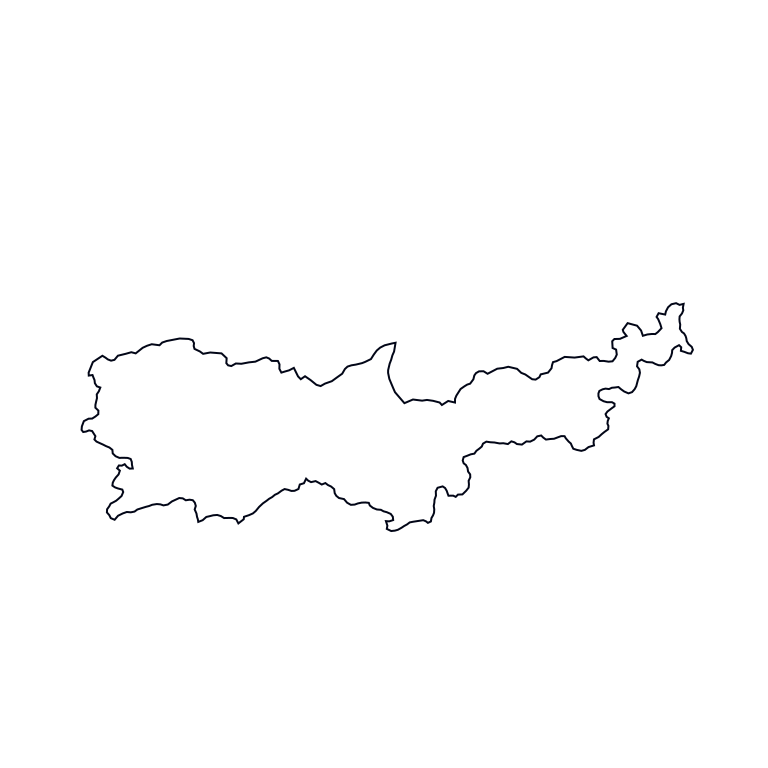 outline of Baixo Guandu, Espírito Santo, Brazil, rotated 65°
{"feature_id": "56859067B51153386357436", "entity_name": "Baixo Guandu", "entity_type": "district", "adm_level": 2, "iso_a3": "BRA", "parent_name": "Brazil", "parent_adm1": "Espírito Santo", "projection": "equal_earth", "projection_center": [-40.958, -19.514], "detail": "fine", "context": "isolated", "style": "outline", "palette": "ink", "viewbox_px": 768, "rotation_deg": 65, "n_neighbors": 0, "source": "geoboundaries", "source_scale": "gbopen_adm2", "svg_char_len": 5910}
<svg xmlns="http://www.w3.org/2000/svg" viewBox="0 0 768 768"><g transform="rotate(65 384 384)"><path d="M251.6,648.0L252.7,644.4L255.3,644.6L258.1,644.7L261.1,645.7L264.8,645.2L267.3,642.6L270.1,645.5L272.0,648.7L275.5,650.1L278.5,652.5L281.0,654.4L283.5,655.6L287.4,654.1L290.6,655.7L291.5,659.3L292.0,663.1L290.6,666.4L290.8,671.7L294.7,675.7L297.8,677.5L300.4,676.9L301.2,674.1L301.4,670.9L303.3,668.4L306.5,668.0L309.3,667.6L311.9,669.9L314.7,668.9L317.9,666.2L320.1,664.3L322.8,662.2L325.5,659.7L328.9,658.0L332.3,659.2L336.0,657.8L339.1,655.1L340.8,651.2L342.7,647.5L344.9,645.3L348.0,645.5L350.8,646.6L354.4,647.4L353.2,650.3L350.3,652.1L347.1,652.9L347.2,656.1L345.8,658.7L347.6,661.5L350.9,660.0L353.8,662.8L355.4,666.6L357.0,669.3L358.8,671.5L361.3,673.1L364.0,671.5L366.2,669.3L369.1,665.8L371.7,666.0L374.6,669.2L375.8,673.1L376.6,676.1L376.8,679.2L376.9,682.3L378.8,684.8L380.5,687.9L383.3,689.4L386.7,688.4L390.1,688.3L393.2,685.5L391.0,680.7L390.9,675.4L391.3,671.2L393.3,667.7L394.2,664.0L393.5,660.6L394.1,656.1L394.7,651.7L395.3,648.5L395.5,645.1L396.8,640.6L398.6,637.5L400.8,635.2L401.9,630.9L400.8,625.8L400.8,621.2L400.8,617.8L402.6,614.7L405.6,612.8L406.7,609.1L408.5,606.4L411.6,605.6L415.0,606.1L417.7,608.6L422.1,608.7L425.4,609.6L428.0,609.9L430.5,610.6L430.8,605.9L429.4,601.2L430.1,598.0L430.8,594.3L432.2,590.5L434.7,587.7L437.9,585.6L439.7,581.5L441.5,577.7L444.3,575.1L448.8,574.9L447.3,568.3L445.2,567.0L445.8,561.9L445.9,557.5L444.9,553.9L442.6,549.1L441.0,544.2L440.2,539.7L439.5,536.7L439.2,533.1L438.3,529.7L438.3,526.4L437.4,521.9L437.2,518.5L439.4,515.6L441.8,513.1L443.0,510.2L443.0,505.9L439.5,502.8L440.1,498.5L436.9,494.6L439.5,493.6L442.1,491.6L443.1,487.0L445.9,484.9L448.8,482.9L449.0,479.0L451.9,477.5L454.5,475.3L458.2,473.6L462.1,474.8L465.2,474.5L468.3,473.0L471.4,468.9L476.0,467.6L479.5,465.1L480.9,461.5L481.2,458.1L482.1,454.3L483.5,451.0L485.3,448.0L488.1,448.2L491.6,446.4L494.7,443.5L496.7,440.0L499.2,438.2L501.3,435.7L504.6,432.8L508.0,432.1L511.2,433.2L510.7,437.3L509.1,440.2L513.8,440.8L516.5,442.7L520.3,439.6L521.5,436.1L522.0,433.0L521.7,428.9L521.2,425.7L521.0,422.4L520.3,419.2L521.1,416.0L522.4,411.5L524.0,406.0L526.2,404.0L528.4,402.9L528.4,399.6L525.5,397.6L523.8,395.1L521.9,393.1L518.8,391.4L515.6,390.5L512.8,388.5L510.2,387.1L507.2,384.1L503.1,382.4L500.7,379.3L501.6,374.1L504.1,372.6L507.3,372.3L510.1,372.6L512.5,372.8L514.4,368.5L516.6,366.7L515.5,363.7L517.2,359.6L515.5,354.7L513.7,351.1L511.0,349.5L507.5,348.2L505.0,345.2L502.3,344.1L498.9,344.8L495.4,343.8L492.0,344.0L489.6,345.3L486.6,345.0L483.9,342.7L484.2,338.9L484.4,335.1L485.3,331.5L483.6,328.5L482.8,324.7L482.0,321.8L479.9,319.5L479.5,315.6L481.7,312.3L483.7,308.6L486.7,304.4L488.1,300.9L490.8,297.1L489.8,292.8L492.0,290.4L494.6,288.9L497.2,284.6L496.2,279.2L498.0,275.9L497.9,271.4L496.2,267.2L497.1,263.3L499.9,262.3L502.8,260.7L504.1,256.6L505.5,253.0L505.8,249.0L506.1,245.5L507.6,242.4L510.0,242.2L514.2,241.0L516.9,239.8L519.5,239.9L522.7,239.8L525.2,237.1L528.0,233.4L528.6,229.8L527.6,225.3L528.4,219.6L525.8,218.9L522.9,217.1L522.7,211.8L521.5,208.0L520.6,204.4L519.8,200.0L516.8,198.3L514.4,198.3L512.0,196.8L510.1,194.7L507.8,196.1L504.9,195.9L503.4,193.2L502.3,188.2L501.6,184.5L499.2,183.4L496.8,185.1L494.7,189.6L492.4,192.3L488.7,195.0L485.7,194.8L483.1,193.6L481.3,191.7L481.2,188.1L481.8,185.2L483.7,182.2L483.7,179.1L484.8,176.1L485.8,172.8L488.9,171.4L492.3,169.5L495.8,166.4L496.2,162.6L494.6,159.0L492.6,156.3L487.9,152.4L485.0,149.6L482.0,147.3L478.6,146.4L474.9,147.2L471.1,144.7L470.8,140.2L472.8,138.8L475.2,136.6L477.9,131.6L480.4,129.7L483.0,127.2L484.3,124.8L485.1,122.0L483.7,119.3L482.7,115.4L480.0,111.9L477.5,109.8L475.1,108.5L473.8,105.2L473.5,100.2L476.3,99.1L479.4,100.9L481.8,98.2L484.6,95.5L486.2,93.0L483.6,89.6L480.4,89.4L476.6,91.1L473.1,91.5L470.3,90.7L468.0,90.4L465.0,90.7L462.7,92.0L459.0,92.5L455.3,90.4L452.6,89.8L450.2,88.9L447.7,87.5L446.0,84.1L443.7,81.6L441.2,80.9L438.0,78.6L437.2,82.7L434.2,85.1L433.2,89.8L434.5,94.1L437.3,97.8L439.9,99.8L435.9,105.2L438.4,108.6L441.0,108.1L446.4,108.3L450.7,108.9L452.7,113.9L453.4,117.0L451.9,120.0L450.4,124.4L449.7,129.0L444.2,128.4L438.1,130.0L431.8,137.5L434.0,141.4L435.8,144.7L438.1,145.0L443.0,143.8L442.8,151.1L440.6,156.2L441.7,159.1L448.0,161.6L450.9,159.1L455.7,160.6L458.1,163.4L460.0,167.3L458.7,171.0L456.0,175.0L454.3,178.8L449.5,179.9L448.4,182.9L448.9,188.8L446.3,190.2L443.3,191.5L440.6,200.1L435.8,208.8L436.2,217.9L435.6,221.6L438.0,223.8L440.5,225.5L443.0,230.5L441.5,237.9L443.5,240.3L444.1,244.7L442.3,247.7L435.1,251.9L431.9,254.9L426.5,257.0L420.9,264.1L419.9,269.2L418.0,274.9L418.5,285.8L414.5,288.4L412.7,292.5L413.0,296.0L414.4,298.5L417.5,301.0L420.1,305.8L419.7,308.8L420.1,312.2L420.9,316.7L425.1,323.3L427.5,325.9L430.8,327.5L426.5,333.0L427.5,340.4L424.3,341.4L420.0,346.6L416.6,351.8L415.2,356.5L410.3,364.3L410.0,373.6L396.1,377.5L391.5,377.4L386.2,377.2L381.6,377.0L375.7,375.6L373.2,374.4L368.0,370.3L365.0,367.2L361.6,364.3L358.9,361.2L351.5,356.1L350.6,359.8L349.2,367.1L349.4,372.1L350.6,376.4L353.0,380.8L355.9,385.3L356.0,391.9L355.8,395.1L354.5,401.4L353.3,405.6L352.8,409.7L353.9,413.1L357.0,417.5L358.2,424.0L359.4,430.1L358.7,437.3L359.1,442.3L356.2,445.6L349.4,448.9L343.6,452.3L344.5,457.4L340.8,458.7L331.3,458.9L331.5,464.3L330.8,468.6L330.3,472.2L326.0,472.4L322.0,470.4L318.3,470.4L315.6,476.0L312.4,477.3L310.1,479.4L309.4,483.1L309.4,491.1L307.3,497.3L305.4,504.7L302.8,509.6L303.2,514.8L301.2,517.4L298.5,518.1L294.1,515.7L287.6,518.3L282.0,528.2L280.2,535.2L276.7,537.1L272.1,540.9L269.1,540.4L266.7,538.9L263.4,539.0L260.6,542.0L256.4,550.0L253.2,562.8L252.7,567.5L254.0,571.1L249.8,577.7L249.2,582.6L249.2,587.4L251.3,596.1L248.4,599.6L247.5,605.2L245.9,613.2L248.2,618.1L247.5,621.5L245.0,623.9L242.4,625.3L239.4,627.3L241.1,638.6L248.9,646.9L251.6,648.0Z" fill="none" stroke="#020617" stroke-width="2"/></g></svg>